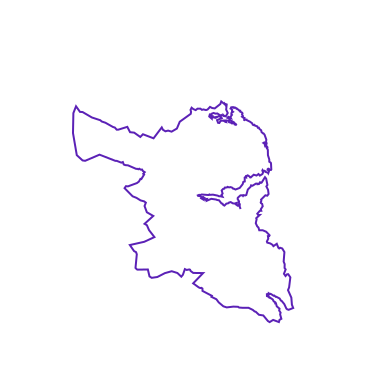 Vefsn nor, Nordland, Norway (Albers equal-area conic projection), rotated 116°
{"feature_id": "86288312B80996435697818", "entity_name": "Vefsn nor", "entity_type": "district", "adm_level": 2, "iso_a3": "NOR", "parent_name": "Norway", "parent_adm1": "Nordland", "projection": "albers", "projection_center": [13.105, 65.821], "detail": "fine", "context": "isolated", "style": "outline", "palette": "violet", "viewbox_px": 384, "rotation_deg": 116, "n_neighbors": 0, "source": "geoboundaries", "source_scale": "gbopen_adm2", "svg_char_len": 6050}
<svg xmlns="http://www.w3.org/2000/svg" viewBox="0 0 384 384"><g transform="rotate(116 192 192)"><path d="M255.5,53.5L251.9,50.2L249.5,52.8L243.4,56.4L238.1,62.7L235.2,62.9L225.6,66.2L223.7,69.5L224.3,70.5L226.5,71.1L225.2,73.5L220.5,73.9L219.7,75.5L216.2,77.1L214.4,79.1L205.5,82.6L203.2,86.1L203.5,88.4L204.5,88.9L204.2,90.0L201.4,93.1L205.0,95.1L204.2,96.5L203.9,99.0L204.5,102.2L203.7,103.0L200.5,103.0L198.4,104.4L197.8,103.3L196.9,103.3L195.2,107.9L195.4,111.7L196.9,114.8L194.8,116.7L194.3,118.3L192.1,121.0L188.1,122.0L187.4,122.8L183.0,121.1L183.7,122.4L182.9,123.8L179.2,122.8L178.5,121.5L177.3,122.6L173.8,122.2L171.9,123.8L171.7,125.2L171.2,125.7L169.5,125.8L168.6,126.6L162.8,124.6L162.3,122.7L160.2,122.3L156.7,124.6L154.4,127.6L152.6,127.3L147.5,131.2L146.7,132.9L152.9,133.5L153.6,134.0L153.4,135.1L155.5,135.3L156.2,136.4L155.7,136.6L156.4,138.2L159.9,140.4L160.1,141.8L161.5,141.6L165.3,142.9L170.9,141.9L171.8,142.7L172.2,144.2L173.2,144.4L172.8,145.2L173.8,147.0L177.1,148.3L178.3,147.9L179.8,145.6L181.3,145.1L182.0,143.7L184.0,142.9L186.0,140.9L183.7,143.4L184.0,144.3L183.6,144.7L184.3,145.1L184.1,146.0L183.9,145.7L184.0,146.2L182.1,147.0L183.7,148.6L184.3,150.3L184.1,152.8L185.2,154.1L186.1,154.3L187.4,156.0L190.0,156.9L190.0,158.1L189.1,159.5L189.4,160.4L187.6,164.1L188.2,166.0L188.2,167.0L189.7,171.7L193.4,174.9L193.1,175.0L193.1,175.8L191.8,175.7L193.5,178.5L193.5,178.8L193.3,178.9L193.3,179.3L193.8,178.8L193.7,180.1L193.2,179.8L193.5,180.5L192.6,179.8L193.0,180.8L192.0,180.5L192.5,181.5L192.2,182.8L192.8,184.9L192.5,185.3L191.4,184.3L191.6,182.2L191.1,183.2L190.0,182.2L187.5,175.9L186.7,175.4L186.9,175.0L185.2,172.0L184.0,167.3L184.0,165.8L183.4,164.6L182.9,162.5L181.7,164.2L180.0,163.8L177.6,166.0L175.6,165.4L174.8,164.4L173.7,164.5L172.6,162.6L171.8,162.3L171.6,160.7L170.7,159.5L170.5,157.8L171.0,156.4L170.7,156.0L170.7,154.0L167.4,150.9L162.8,149.9L160.4,150.3L159.4,149.2L155.9,151.0L155.1,150.6L155.1,149.7L153.1,150.8L153.9,149.9L152.6,149.2L152.9,146.9L153.4,146.2L153.2,145.6L149.4,144.1L148.9,141.2L146.7,140.1L147.5,138.2L145.0,136.6L143.2,136.7L141.9,138.2L141.5,138.2L141.8,137.8L141.2,136.4L141.2,135.5L141.7,134.9L141.4,132.1L141.7,131.7L138.9,132.0L138.7,132.3L139.0,133.8L138.3,134.0L137.6,133.7L137.5,133.0L138.1,132.2L137.6,130.7L137.0,130.6L131.9,133.4L131.1,134.1L130.9,135.8L128.9,136.8L125.6,139.9L120.9,142.3L119.2,144.5L118.8,144.7L119.0,143.7L118.7,143.8L118.0,145.2L118.8,144.8L118.6,145.8L118.9,146.2L116.8,147.9L116.6,149.3L115.8,148.8L116.5,147.0L117.8,145.8L115.4,146.3L114.8,147.3L112.3,148.2L108.7,151.9L108.0,153.4L108.2,153.7L107.7,155.7L106.2,156.9L105.8,158.9L104.9,160.1L105.4,161.0L104.4,162.1L104.7,164.2L104.3,165.3L104.8,165.5L104.9,166.9L103.9,168.0L103.4,170.7L103.4,174.8L103.1,174.9L103.6,176.2L105.1,176.5L102.5,177.3L102.8,178.0L102.4,180.0L101.4,179.5L100.4,181.0L99.1,181.1L98.7,181.8L98.6,184.0L97.8,184.3L98.1,185.4L97.6,186.4L97.7,187.5L97.6,188.5L97.3,188.5L97.2,190.6L97.9,190.9L98.1,191.7L97.7,192.3L98.7,193.9L100.1,193.9L100.1,192.9L100.6,191.9L101.8,191.5L102.0,190.3L103.6,191.2L104.8,190.8L105.2,189.9L107.8,190.4L108.4,189.6L108.5,192.3L109.8,192.6L109.7,191.6L110.7,188.7L111.0,184.7L111.6,183.8L111.6,182.7L112.5,181.2L112.3,182.8L112.6,183.3L112.1,183.9L111.8,186.6L112.5,186.4L112.9,185.3L112.9,186.1L112.3,187.1L112.7,187.3L113.0,189.3L112.0,190.0L112.6,192.5L113.2,193.6L113.4,193.0L113.9,193.6L113.6,192.7L114.2,192.0L114.4,192.8L114.0,193.9L114.6,196.2L115.7,197.5L118.0,197.7L118.4,198.9L116.4,201.0L112.6,197.6L112.3,198.1L112.6,198.8L111.6,199.3L112.0,200.4L111.7,200.4L114.0,203.2L114.2,202.7L115.0,203.3L115.0,204.5L115.4,204.7L115.2,205.9L115.8,206.1L114.8,206.7L115.0,207.0L114.8,208.0L117.4,206.5L116.6,209.6L114.4,210.0L114.0,209.3L114.1,208.5L112.7,208.4L111.5,207.2L111.3,205.3L110.3,203.6L110.8,200.0L110.1,199.5L110.3,199.2L109.6,197.7L109.1,197.8L109.4,197.1L109.3,196.1L109.6,196.1L109.2,194.8L105.3,194.5L103.0,197.4L98.1,199.2L98.2,200.1L99.5,199.5L98.3,201.5L98.7,201.5L97.8,205.4L100.5,205.1L106.9,208.2L107.7,210.7L107.6,213.1L111.1,214.2L112.2,215.3L112.8,218.0L113.8,219.1L113.4,221.0L114.7,223.6L116.8,224.6L116.9,227.2L116.4,229.3L118.9,229.3L120.3,228.0L122.3,227.4L134.2,233.8L141.6,233.4L146.7,236.8L147.3,240.4L149.1,242.5L148.8,245.4L147.2,247.5L160.6,250.1L161.6,261.4L165.2,262.6L164.0,270.0L165.4,273.9L161.8,278.7L168.3,285.6L169.0,287.0L167.9,289.6L168.2,291.5L167.7,300.2L168.2,304.0L167.7,305.9L168.9,314.6L168.1,325.4L169.1,327.8L165.8,333.8L173.1,333.2L191.2,324.8L209.4,311.7L211.6,304.2L210.8,301.7L199.0,291.5L197.6,274.6L197.0,273.2L196.6,268.4L195.4,267.3L197.2,265.4L197.1,263.8L196.1,261.2L195.7,252.3L195.2,251.5L195.1,250.2L194.2,249.6L194.4,248.0L193.7,246.7L194.6,245.5L194.9,243.2L197.0,243.8L197.3,242.7L202.6,243.2L202.8,244.1L205.9,244.3L208.1,245.4L213.3,250.4L215.0,252.0L215.7,253.9L218.1,254.3L221.9,243.5L221.6,239.3L222.1,234.6L221.4,230.9L221.8,228.8L225.4,228.5L230.0,223.7L230.5,216.3L241.4,220.7L241.6,218.0L245.1,213.9L249.0,206.0L257.7,213.1L266.9,224.6L270.5,218.2L270.6,215.9L272.2,214.3L285.0,209.5L285.7,207.7L285.6,206.8L281.0,197.7L286.5,193.2L286.8,190.6L283.6,185.9L276.8,180.8L272.1,175.5L271.2,169.6L272.8,164.5L270.4,163.9L264.4,164.6L264.4,162.6L262.8,160.5L262.7,159.7L263.6,158.6L264.2,155.4L260.0,146.5L273.6,150.9L274.8,144.0L274.7,142.5L274.0,141.5L274.2,140.3L276.3,139.2L276.6,128.6L277.7,128.6L277.7,123.1L279.5,119.6L281.0,113.7L280.5,110.2L276.9,104.6L275.0,100.3L275.2,99.0L273.8,95.5L271.3,90.5L271.3,85.7L271.9,83.4L271.7,82.2L273.0,78.0L271.7,73.8L274.7,67.2L274.9,65.2L271.4,63.0L270.8,56.9L268.5,57.3L266.8,56.1L263.3,59.2L261.6,59.5L260.3,61.7L258.5,62.2L257.6,65.7L255.1,67.9L254.9,68.4L255.2,68.6L254.6,68.9L254.5,70.6L253.2,72.3L252.8,75.0L253.0,75.1L253.0,76.3L252.6,76.4L252.7,79.0L251.0,79.9L250.6,79.4L250.8,78.2L249.4,78.7L249.6,77.3L249.2,77.1L249.1,76.0L249.5,73.2L249.0,72.7L249.5,70.8L249.2,70.4L249.3,66.6L250.6,64.5L250.6,63.6L252.3,59.9L255.4,56.1L255.7,55.0L255.5,53.5Z" fill="none" stroke="#5b21b6" stroke-width="2"/></g></svg>